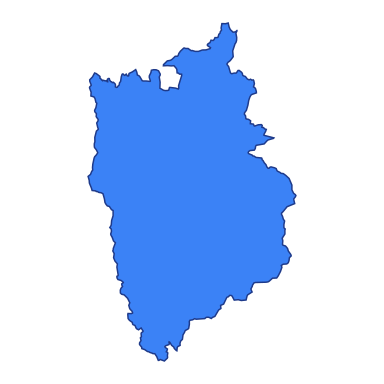 the district of Hoai An, Bình Định, Vietnam
{"feature_id": "81297802B64656263356693", "entity_name": "Hoai An", "entity_type": "district", "adm_level": 2, "iso_a3": "VNM", "parent_name": "Vietnam", "parent_adm1": "Bình Định", "projection": "mercator", "projection_center": [108.89, 14.347], "detail": "fine", "context": "isolated", "style": "filled", "palette": "blue", "viewbox_px": 384, "rotation_deg": 0, "n_neighbors": 0, "source": "geoboundaries", "source_scale": "gbopen_adm2", "svg_char_len": 5876}
<svg xmlns="http://www.w3.org/2000/svg" viewBox="0 0 384 384"><path d="M88.1,176.4L89.2,180.3L89.4,183.1L91.4,188.0L92.1,190.5L95.7,190.9L96.2,191.5L97.5,191.6L98.8,192.4L101.3,192.8L103.0,193.8L104.4,198.8L105.0,202.5L106.0,204.3L107.3,205.9L109.4,206.5L111.5,209.7L113.1,210.5L113.1,215.7L111.6,220.6L111.3,224.5L111.0,225.6L109.8,227.6L111.1,228.9L111.4,230.0L111.4,231.7L110.7,234.0L111.0,235.2L112.2,237.3L113.5,240.9L115.4,242.8L113.3,248.4L113.2,249.8L112.8,250.9L114.2,253.7L113.6,257.7L115.0,261.1L117.4,263.9L116.9,267.1L118.2,275.2L118.0,275.7L116.9,276.3L117.0,277.9L117.9,279.5L121.1,280.5L122.8,281.8L123.3,282.6L121.7,283.9L121.8,284.9L122.5,286.5L121.0,288.3L120.3,290.1L120.4,293.0L121.6,294.2L124.2,294.9L127.6,298.3L129.8,302.8L128.8,305.3L129.6,308.3L130.3,309.5L131.8,310.9L132.5,312.3L132.5,313.1L131.4,313.6L128.0,313.5L127.8,314.5L128.1,318.6L129.5,320.4L132.3,322.4L132.6,324.0L133.0,324.6L135.0,325.5L136.1,328.1L136.8,328.9L138.6,329.8L141.1,328.0L143.1,331.1L142.8,331.7L141.3,332.9L141.1,333.7L141.4,336.7L140.4,337.8L141.0,340.6L139.6,342.8L139.5,343.9L139.6,344.6L141.7,347.2L141.8,348.6L144.7,349.6L147.4,351.5L148.9,351.8L150.0,352.5L152.0,353.1L152.8,353.6L154.8,353.7L156.7,356.5L158.3,360.4L158.9,360.4L160.2,359.5L164.4,361.0L167.3,358.2L167.6,357.4L167.4,355.5L167.8,353.0L167.5,352.4L166.3,351.8L167.3,349.8L167.4,349.0L165.2,347.4L164.9,346.5L165.8,345.7L168.9,344.6L169.4,343.7L169.0,342.4L169.1,341.9L169.8,342.3L171.6,345.3L173.8,347.1L174.3,348.5L176.4,350.6L176.9,350.8L177.2,347.5L177.9,346.5L180.1,345.4L180.0,343.2L180.7,341.0L182.4,339.4L183.0,334.9L184.6,332.2L184.8,331.3L185.5,330.4L188.1,329.0L188.7,328.3L189.4,324.1L189.3,321.4L189.9,320.3L192.6,319.8L194.7,318.7L196.1,319.2L204.8,318.6L205.9,317.6L206.9,317.2L208.8,317.3L211.3,318.5L212.5,317.4L214.9,316.4L218.6,310.0L220.9,308.5L220.6,305.4L223.6,304.1L226.7,297.6L227.2,297.1L228.3,296.8L229.7,295.4L231.1,295.4L232.1,296.1L234.2,300.1L238.3,299.7L241.3,300.5L246.1,300.0L247.0,296.2L247.6,294.9L252.1,292.0L251.2,290.0L251.0,288.8L252.3,286.3L252.5,285.2L254.0,282.9L255.3,282.5L265.9,282.2L268.0,281.9L269.2,281.2L272.5,278.2L276.7,278.0L278.2,275.9L280.5,271.4L281.9,267.3L281.3,265.5L283.2,264.2L286.4,264.0L287.5,263.5L288.3,262.6L289.0,260.7L289.4,257.7L291.2,255.9L290.8,254.5L288.3,251.0L287.6,248.6L286.9,247.6L285.5,246.0L283.0,245.2L282.5,244.4L282.8,240.8L282.2,238.2L284.9,234.0L284.9,230.2L285.2,229.0L284.1,228.0L283.9,227.3L283.9,224.5L284.6,221.0L283.3,219.1L282.5,216.3L281.5,214.3L281.5,213.2L283.0,211.7L287.1,206.7L294.7,203.6L293.8,199.8L293.8,198.8L295.4,196.8L295.9,195.5L295.3,194.6L293.6,193.3L291.9,189.8L291.9,185.1L289.1,178.5L285.9,175.5L283.3,173.6L281.0,173.3L280.0,172.4L277.5,171.2L276.9,170.5L276.2,168.6L274.6,167.8L271.0,166.9L270.0,167.2L269.1,168.2L268.1,168.3L266.8,166.8L266.0,164.7L264.3,162.8L263.0,160.5L262.1,159.7L261.9,158.3L261.6,158.0L255.9,157.4L254.1,156.1L252.9,156.0L252.2,155.1L249.0,153.8L248.2,153.0L248.2,152.5L248.6,151.6L249.9,150.6L254.4,150.1L255.3,148.5L255.6,146.3L256.3,145.3L264.2,143.9L267.2,140.6L268.2,139.9L273.5,138.4L273.9,137.9L264.0,135.3L264.0,134.3L265.6,131.4L266.3,129.4L264.5,128.8L263.6,127.6L261.9,127.3L262.2,125.4L261.7,124.9L261.3,124.6L258.2,124.8L254.9,126.0L254.2,125.9L253.4,124.1L250.3,123.7L250.6,120.8L248.6,119.4L246.2,118.9L245.9,118.6L245.5,115.7L244.4,114.3L244.5,112.9L246.4,110.3L247.9,105.2L248.7,100.5L249.8,97.2L250.9,95.2L252.0,94.4L256.4,92.9L256.3,91.4L255.5,88.6L254.7,87.6L253.5,86.9L254.4,83.7L253.8,80.7L253.3,79.9L251.8,80.1L250.6,79.2L249.1,79.8L247.4,79.1L245.4,76.5L243.1,75.7L242.7,75.2L242.3,73.3L241.5,72.2L239.1,70.4L238.0,70.5L236.4,72.9L235.9,73.1L234.1,73.1L231.8,73.7L231.0,73.4L230.4,72.7L228.6,66.5L227.1,64.6L227.0,63.8L228.1,62.2L229.6,61.2L230.9,59.8L233.2,56.7L232.7,50.9L235.0,43.9L236.0,42.4L236.6,40.3L236.7,37.5L235.9,33.2L237.0,30.8L236.9,30.6L235.8,31.6L234.7,32.0L233.1,32.2L230.8,30.1L230.0,29.0L229.1,26.9L228.2,23.0L225.6,23.7L221.9,23.6L221.1,28.0L221.5,30.1L220.3,31.7L220.0,33.2L218.8,34.3L218.1,37.1L217.1,37.6L215.0,37.6L214.1,39.6L213.1,40.5L211.0,40.2L210.0,42.6L208.0,43.8L207.3,44.9L207.5,45.6L210.5,47.7L210.1,48.6L206.0,49.9L202.3,50.0L198.5,51.4L195.2,51.4L192.1,50.5L191.2,50.7L188.1,48.5L185.7,48.5L184.4,48.0L183.7,48.1L180.4,51.2L178.8,53.5L178.1,55.6L177.5,56.2L175.2,56.3L172.2,59.2L170.5,60.3L167.3,60.9L163.5,64.6L163.4,65.8L167.7,65.6L171.2,65.9L173.9,65.7L175.8,67.8L176.8,69.3L177.1,72.9L178.6,73.2L179.4,74.1L181.6,74.2L181.7,75.5L178.6,85.6L178.7,88.3L178.3,89.0L175.5,88.1L169.9,87.4L169.5,87.5L168.7,90.2L167.5,90.5L165.4,90.6L163.6,90.3L159.9,88.2L160.1,82.2L159.3,77.4L159.4,76.6L160.2,75.0L160.2,74.0L158.5,70.8L156.2,69.8L153.8,69.7L151.4,70.2L150.9,72.6L149.3,75.9L149.3,77.6L150.3,80.5L150.3,81.2L150.0,81.4L146.0,81.0L143.3,81.0L142.2,80.7L139.8,76.6L138.8,75.6L137.4,75.1L136.8,72.2L135.7,69.6L132.3,71.9L129.3,73.3L128.9,73.9L128.7,75.7L128.3,76.0L127.4,75.9L126.2,74.1L124.8,75.4L124.1,75.1L123.3,74.1L122.4,74.0L122.0,74.5L121.3,76.7L120.6,81.4L119.5,82.9L119.2,85.0L118.0,86.1L117.3,87.2L116.5,87.4L115.4,86.9L115.5,85.0L115.2,84.0L113.5,82.3L112.3,82.6L111.6,81.8L110.6,81.5L109.6,79.9L109.3,78.6L108.3,78.5L107.4,79.3L107.7,81.7L107.2,81.7L106.4,80.7L105.2,80.9L103.6,80.3L102.7,80.7L102.5,80.1L101.6,80.0L100.6,78.5L99.9,78.1L100.0,76.6L99.7,76.2L96.3,73.6L94.6,73.0L92.5,76.9L89.7,79.8L89.8,81.3L91.2,85.0L91.2,85.4L89.7,87.0L89.5,87.8L91.1,92.2L90.9,96.0L93.9,96.9L95.0,98.5L95.9,102.3L96.8,103.2L95.9,107.7L94.8,109.9L94.6,110.8L94.9,111.9L96.4,113.6L96.2,116.7L98.2,119.5L98.0,120.9L96.7,123.0L97.7,127.4L98.3,128.9L98.2,129.4L96.4,131.1L94.8,137.4L94.9,141.6L94.3,143.8L94.3,146.1L94.5,147.5L96.3,149.8L97.7,152.5L97.5,153.2L96.1,155.2L94.7,156.7L94.1,158.1L92.8,164.3L92.5,167.5L92.7,170.1L91.7,171.4L90.5,174.4L88.1,176.4Z" fill="#3b82f6" stroke="#1e3a8a" stroke-width="1.5"/></svg>